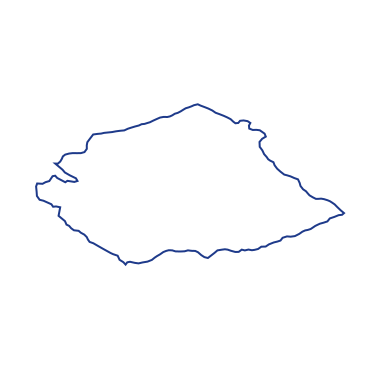 outline of Santa Maria do Salto, Minas Gerais, Brazil, rotated 104°
{"feature_id": "56859067B45600385966200", "entity_name": "Santa Maria do Salto", "entity_type": "district", "adm_level": 2, "iso_a3": "BRA", "parent_name": "Brazil", "parent_adm1": "Minas Gerais", "projection": "albers", "projection_center": [-40.119, -16.295], "detail": "fine", "context": "isolated", "style": "outline", "palette": "blue", "viewbox_px": 384, "rotation_deg": 104, "n_neighbors": 0, "source": "geoboundaries", "source_scale": "gbopen_adm2", "svg_char_len": 2729}
<svg xmlns="http://www.w3.org/2000/svg" viewBox="0 0 384 384"><g transform="rotate(104 192 192)"><path d="M278.5,238.9L275.9,237.8L274.7,235.3L274.6,230.4L274.2,226.6L272.3,222.9L270.3,218.3L267.6,214.5L264.7,212.3L262.6,210.4L260.3,208.0L257.2,205.3L255.4,202.8L254.1,200.4L253.4,197.1L253.6,193.7L252.6,189.1L251.3,184.8L249.6,181.8L249.2,178.3L248.4,174.6L249.0,171.6L251.0,167.7L252.2,164.2L252.2,160.6L248.9,158.0L245.6,155.4L242.5,153.2L240.7,149.0L239.6,146.2L239.3,143.4L239.6,140.1L239.7,135.5L238.8,132.2L235.9,129.8L235.9,126.6L234.2,123.3L234.0,119.8L233.0,117.3L231.3,114.1L228.3,111.5L227.1,107.3L224.2,104.7L221.2,100.5L219.4,97.1L217.7,94.4L214.5,93.0L212.1,89.1L211.5,85.5L209.9,81.5L206.7,77.8L203.8,75.3L201.9,72.9L200.8,70.5L199.2,67.9L197.0,65.9L195.1,64.2L193.5,62.3L191.8,60.2L190.0,57.0L187.8,53.5L184.3,51.9L181.7,47.8L179.0,44.1L177.8,40.9L175.7,39.4L173.8,43.3L171.4,47.5L169.5,50.6L168.4,53.5L167.6,55.9L167.2,58.5L167.0,62.1L167.2,65.1L168.0,67.5L168.7,70.1L167.9,73.6L166.8,77.2L165.3,79.4L163.7,81.6L162.5,84.9L159.9,88.2L157.2,89.7L154.1,92.2L153.7,96.2L153.0,100.2L152.8,104.0L152.8,106.7L150.9,111.0L148.8,115.0L146.1,118.3L143.4,120.2L142.7,123.6L141.8,126.0L140.0,128.0L137.8,131.2L134.6,133.8L131.8,137.2L127.1,138.6L123.4,136.8L120.4,133.8L117.8,135.7L116.6,138.8L115.7,141.2L116.1,144.5L117.1,148.1L116.6,151.8L113.8,152.8L110.9,152.1L109.8,155.2L110.1,159.3L111.3,162.6L113.8,163.8L114.8,166.5L113.8,168.9L112.0,172.1L111.1,175.8L110.4,179.7L109.8,184.3L109.4,188.3L108.0,192.0L107.1,196.3L106.6,200.1L106.1,204.5L105.5,207.6L107.3,211.1L108.9,213.1L110.7,215.7L112.3,218.4L114.2,220.3L116.5,222.5L118.7,225.0L120.2,227.6L122.4,229.7L124.0,231.7L125.2,234.1L126.0,237.7L127.5,241.0L129.9,244.1L132.2,247.0L134.5,249.7L135.8,251.9L137.4,254.5L138.4,257.3L140.3,259.6L142.2,263.1L144.3,266.6L146.1,269.5L148.6,272.6L150.0,276.6L151.5,280.4L153.2,284.1L154.6,288.0L155.9,291.6L157.3,294.3L158.4,297.5L160.1,301.8L164.7,303.8L169.0,305.6L172.1,305.4L175.6,304.5L179.3,306.0L181.2,309.3L182.2,313.2L183.1,317.1L184.4,320.5L186.4,324.1L188.7,325.9L191.3,326.3L194.3,327.2L196.9,329.0L197.5,331.6L201.7,323.0L203.8,320.1L205.4,314.5L206.8,307.9L209.0,305.8L210.7,308.6L211.3,315.6L213.2,317.3L211.0,326.2L209.3,328.7L210.4,331.1L215.9,333.1L217.9,336.5L220.2,339.0L221.2,344.3L224.4,344.6L229.1,342.9L233.4,341.5L236.4,338.0L236.4,334.0L237.9,325.5L239.9,323.2L238.9,320.4L238.7,316.2L247.4,315.7L251.0,308.2L254.0,305.9L254.6,303.0L256.4,300.5L257.7,297.3L257.1,292.6L258.4,290.0L259.4,286.2L261.2,283.2L263.3,281.5L265.2,279.3L265.6,275.3L267.1,270.1L268.7,264.4L270.9,256.2L271.4,253.6L271.8,248.7L275.3,245.9L276.7,241.6L278.5,238.9Z" fill="none" stroke="#1e3a8a" stroke-width="2"/></g></svg>